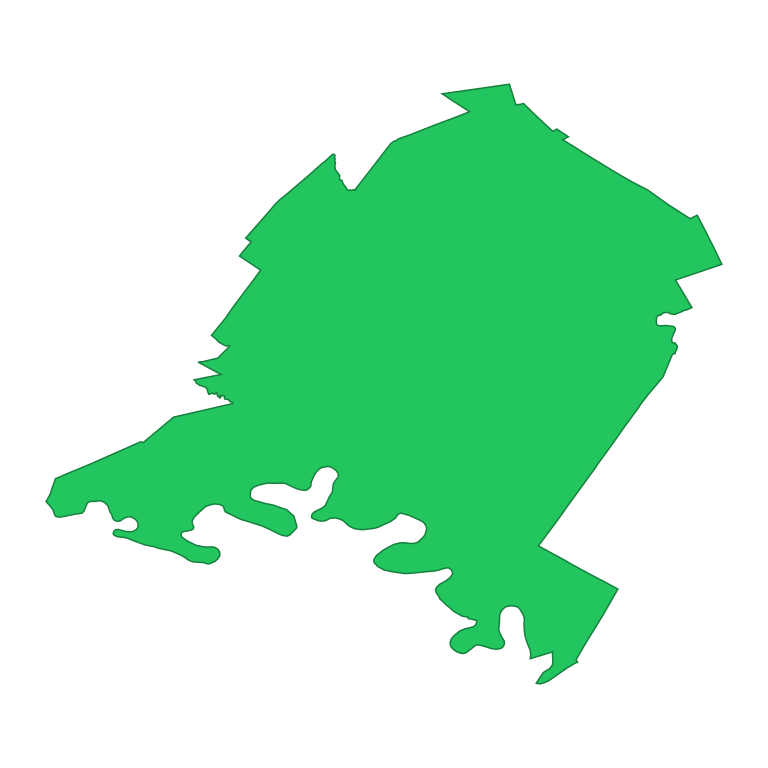 outline of Draganesti, Prahova, Romania
{"feature_id": "2599482B82413399684251", "entity_name": "Draganesti", "entity_type": "district", "adm_level": 2, "iso_a3": "ROU", "parent_name": "Romania", "parent_adm1": "Prahova", "projection": "equal_earth", "projection_center": [26.299, 44.838], "detail": "fine", "context": "isolated", "style": "filled", "palette": "green", "viewbox_px": 768, "rotation_deg": 0, "n_neighbors": 0, "source": "geoboundaries", "source_scale": "gbopen_adm2", "svg_char_len": 6108}
<svg xmlns="http://www.w3.org/2000/svg" viewBox="0 0 768 768"><path d="M577.5,662.3L576.2,659.8L576.4,659.1L585.2,644.0L602.9,615.3L617.9,589.1L602.2,580.5L600.5,579.8L582.5,570.2L568.5,562.5L566.9,561.4L538.4,545.9L557.6,520.1L567.4,506.3L596.1,466.8L596.0,466.5L612.5,443.9L623.4,428.3L638.9,407.2L640.2,404.9L648.7,393.9L660.7,379.8L663.1,376.7L672.0,355.4L672.9,354.0L673.4,353.7L675.0,353.8L675.4,351.6L676.4,350.1L677.3,347.4L677.3,346.1L675.0,343.0L673.0,342.8L672.0,341.9L671.6,340.1L672.0,337.8L673.1,334.9L675.3,330.0L675.3,328.7L674.9,327.7L674.1,326.8L672.4,326.2L669.7,326.1L667.9,325.6L665.5,325.5L659.7,325.9L657.9,325.4L656.6,324.3L656.4,323.9L656.3,322.9L656.4,319.5L656.8,316.6L658.8,315.2L659.7,315.4L660.8,315.0L662.6,313.4L663.4,313.0L665.1,312.6L667.8,312.4L670.7,313.9L675.0,314.4L678.8,312.7L682.5,311.4L683.8,310.4L686.6,310.0L691.9,307.5L675.5,280.0L721.9,264.3L713.5,247.0L702.9,226.0L697.2,215.2L690.2,218.7L668.8,205.0L647.7,190.0L630.2,180.9L614.1,171.5L587.6,155.3L562.8,139.7L568.4,136.8L556.7,129.0L553.1,131.3L552.0,130.6L534.3,114.1L523.5,103.5L520.0,104.4L515.9,104.8L509.4,84.2L442.2,93.8L452.2,100.5L469.5,111.7L457.3,116.6L436.6,124.3L409.7,134.9L400.3,138.2L397.5,139.4L396.7,140.4L393.7,141.4L391.0,143.3L355.7,188.9L355.4,189.4L355.3,190.3L353.4,189.7L352.1,189.9L351.1,190.4L349.8,189.9L348.9,190.4L348.0,190.3L347.4,189.8L346.0,187.3L343.7,184.7L342.4,182.1L342.3,181.1L341.9,180.5L340.0,179.6L339.6,179.1L339.5,178.6L339.7,175.9L339.6,175.2L335.4,169.7L334.9,166.3L335.5,162.8L334.6,160.8L335.2,158.7L334.6,157.5L335.0,155.4L334.4,154.6L332.7,154.2L325.0,161.3L321.5,164.0L307.4,176.5L288.3,192.8L279.2,200.2L278.2,201.4L275.9,203.4L268.1,212.6L245.6,238.2L251.2,241.9L242.7,251.9L239.5,256.1L260.6,270.1L253.8,279.5L233.6,306.3L225.1,318.6L211.4,335.4L215.7,338.7L218.7,342.0L225.7,346.0L229.6,345.6L229.0,346.9L217.8,358.1L202.5,361.7L199.5,361.8L198.6,362.4L221.0,374.5L194.1,379.8L195.4,380.9L196.2,382.9L196.9,383.5L200.0,385.5L201.9,385.8L203.3,386.6L204.7,386.8L206.8,388.6L207.4,389.5L207.7,391.7L208.9,394.4L211.7,393.3L213.7,393.5L214.0,394.1L214.3,394.2L214.9,393.8L215.4,393.8L216.1,392.9L216.5,392.8L216.8,393.2L216.6,393.6L217.4,394.2L217.6,396.5L218.3,396.7L219.5,396.3L219.7,396.5L219.5,397.5L219.6,397.9L220.3,397.9L220.7,397.4L221.0,395.6L221.4,395.2L221.9,395.2L222.3,395.8L224.1,395.8L224.5,396.5L224.4,398.0L224.7,399.0L227.9,399.4L228.4,399.6L229.8,401.4L232.4,402.4L233.1,403.3L233.5,403.4L173.6,417.1L143.3,442.5L140.4,441.9L88.8,464.7L64.2,474.9L59.2,477.3L55.7,478.5L55.4,479.0L52.4,487.2L50.1,494.3L46.1,501.6L50.3,506.3L52.1,508.7L53.1,510.2L54.5,514.6L56.2,516.7L60.5,517.1L75.5,514.1L81.9,513.2L83.9,511.3L87.3,503.1L89.7,501.6L91.6,501.4L95.5,501.4L99.6,500.7L102.4,501.4L105.1,502.9L108.0,506.0L110.0,512.1L111.7,514.4L112.6,517.9L114.2,520.2L117.0,521.3L119.9,521.1L124.9,517.8L128.6,516.7L131.9,517.2L134.2,518.6L136.1,520.0L137.7,522.5L138.1,525.3L137.8,527.6L136.2,529.6L133.3,531.3L131.0,531.9L126.4,531.6L117.9,529.4L115.7,529.8L114.4,530.6L113.3,532.5L113.3,534.1L114.3,535.4L117.7,536.8L125.0,537.6L127.4,538.2L132.2,540.2L144.9,544.9L154.1,546.7L159.3,548.5L168.5,550.3L172.3,551.4L180.3,554.9L185.0,557.5L187.9,559.7L189.9,560.8L193.4,561.9L203.6,562.6L207.0,563.8L209.5,563.8L215.3,561.2L217.6,559.1L219.8,555.8L219.8,553.3L219.3,551.4L218.1,549.6L216.1,548.0L213.9,547.1L211.0,546.9L207.3,547.1L204.1,546.9L195.8,545.2L187.0,540.8L182.1,537.3L181.0,535.0L181.3,533.2L183.3,531.6L187.7,531.0L191.3,529.9L192.9,529.3L193.8,527.4L192.2,523.0L192.4,520.4L194.7,516.6L198.5,512.9L205.4,506.7L209.6,505.0L214.3,503.9L219.4,504.4L222.1,505.5L223.3,506.6L224.0,507.9L224.4,510.2L225.6,512.0L241.1,519.5L250.1,522.1L262.6,526.2L268.8,529.0L279.3,534.2L282.5,535.4L287.1,536.2L289.9,534.9L296.5,528.2L296.9,526.4L293.9,516.2L286.6,509.7L272.9,505.0L266.1,503.7L253.9,500.3L251.1,498.2L250.1,495.7L250.9,490.2L253.7,487.2L259.3,484.9L267.5,483.1L274.4,483.3L281.1,483.1L285.2,483.4L296.1,488.5L300.1,489.7L304.4,490.3L306.4,490.2L308.3,489.0L310.7,486.5L311.4,481.6L313.9,475.9L315.7,472.8L318.1,470.1L320.9,468.0L322.0,467.5L327.3,466.5L329.2,466.6L331.9,467.6L333.9,468.8L336.3,470.8L338.0,473.2L338.5,475.7L337.9,477.3L334.9,481.1L333.4,483.6L332.7,488.3L332.3,492.1L329.2,497.0L325.4,505.3L323.0,507.5L315.1,511.5L313.5,512.6L311.9,514.7L311.6,517.4L312.3,518.3L318.2,520.7L322.1,521.2L325.1,520.8L327.7,519.7L329.8,518.4L334.7,517.9L338.0,518.5L343.0,520.5L348.0,525.2L350.6,526.9L354.3,528.6L357.8,529.2L362.5,529.7L374.3,528.3L378.2,527.2L390.5,521.5L395.1,518.4L398.3,514.1L401.2,513.1L409.6,515.6L420.3,520.4L423.6,522.4L425.9,525.7L426.6,528.3L426.2,531.1L424.8,535.0L423.0,537.5L418.0,542.0L416.9,542.7L413.3,543.4L409.6,543.4L403.8,542.7L399.8,542.9L393.9,544.4L388.4,547.2L382.9,550.4L376.7,555.3L375.0,557.6L373.7,560.1L374.1,562.5L377.8,566.5L383.9,569.9L391.4,571.6L404.3,573.5L409.3,573.4L435.9,570.8L446.2,567.9L448.8,568.0L450.9,569.5L452.0,571.1L452.3,572.2L452.4,574.2L450.5,577.2L446.1,580.7L439.8,584.2L436.7,587.1L435.6,589.6L435.8,591.7L437.0,593.9L438.6,596.2L440.1,599.2L442.7,601.4L445.7,604.5L449.6,607.6L453.7,611.4L462.1,616.1L468.3,617.2L468.2,618.6L470.9,619.0L474.3,620.0L476.2,620.1L476.7,620.9L476.6,622.1L475.9,624.6L473.8,626.5L470.1,627.7L465.3,628.7L459.4,631.2L453.7,636.0L451.9,638.2L450.7,640.2L450.1,643.0L450.6,645.9L452.2,648.3L454.6,650.4L457.3,652.0L460.4,653.2L463.3,653.5L466.0,652.8L471.3,648.8L474.6,646.0L476.2,645.1L477.1,644.9L479.5,645.1L482.8,645.9L491.9,648.7L496.0,649.2L498.7,649.0L501.3,648.2L503.1,646.7L504.1,644.9L504.5,642.8L504.2,641.0L501.5,636.5L499.9,633.1L499.0,630.7L498.7,629.2L499.2,625.7L499.7,615.0L500.4,613.0L501.9,610.3L505.0,607.2L507.4,606.3L511.0,605.8L516.1,606.5L518.1,607.2L519.7,609.0L522.9,614.0L524.0,617.1L524.4,619.2L524.0,623.8L524.3,630.4L524.8,634.4L525.4,637.4L527.4,643.4L530.2,650.1L530.8,654.5L530.2,658.7L552.7,651.9L552.5,655.1L552.9,661.6L552.5,664.8L549.7,668.6L543.3,672.5L536.2,683.2L538.0,683.7L540.4,683.8L544.3,682.7L548.8,680.7L567.8,667.5L575.5,663.0L577.5,662.3Z" fill="#22c55e" stroke="#15803d" stroke-width="1.5"/></svg>